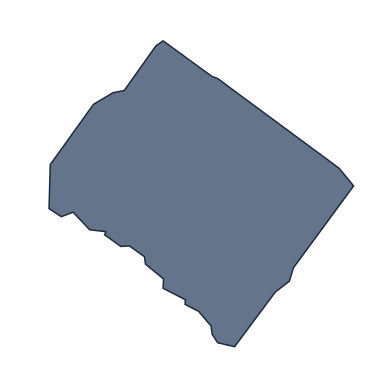 outline of Meriwether, Georgia, United States of America, rotated 126°
{"feature_id": "52423323B31070060965001", "entity_name": "Meriwether", "entity_type": "district", "adm_level": 2, "iso_a3": "USA", "parent_name": "United States of America", "parent_adm1": "Georgia", "projection": "mercator", "projection_center": [-84.624, 33.037], "detail": "fine", "context": "isolated", "style": "filled", "palette": "slate", "viewbox_px": 384, "rotation_deg": 126, "n_neighbors": 0, "source": "geoboundaries", "source_scale": "gbopen_adm2", "svg_char_len": 573}
<svg xmlns="http://www.w3.org/2000/svg" viewBox="0 0 384 384"><g transform="rotate(126 192 192)"><path d="M292.1,66.6L223.9,65.8L206.9,60.8L193.7,65.4L124.7,65.0L92.1,64.8L86.3,87.0L85.3,220.4L85.1,237.8L86.8,244.1L86.7,304.2L94.8,307.1L149.8,306.5L158.0,314.2L178.8,323.2L253.1,322.8L289.5,297.9L288.8,283.2L278.2,276.3L282.7,252.6L274.8,238.5L278.0,237.5L277.9,217.6L272.4,211.0L272.3,192.4L277.7,187.3L279.1,163.9L286.9,158.8L283.1,134.1L287.0,131.5L284.7,116.5L289.2,97.8L295.3,92.0L298.9,82.6L292.1,66.6Z" fill="#64748b" stroke="#1e293b" stroke-width="1.5"/></g></svg>